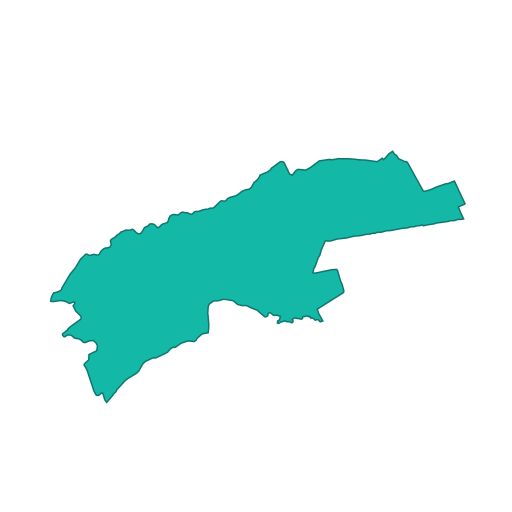 outline of La Democracia, Escuintla, Guatemala, rotated 239°
{"feature_id": "79465075B56611035242385", "entity_name": "La Democracia", "entity_type": "district", "adm_level": 2, "iso_a3": "GTM", "parent_name": "Guatemala", "parent_adm1": "Escuintla", "projection": "albers", "projection_center": [-90.943, 14.121], "detail": "fine", "context": "isolated", "style": "filled", "palette": "teal", "viewbox_px": 512, "rotation_deg": 239, "n_neighbors": 0, "source": "geoboundaries", "source_scale": "gbopen_adm2", "svg_char_len": 5789}
<svg xmlns="http://www.w3.org/2000/svg" viewBox="0 0 512 512"><g transform="rotate(239 256 256)"><path d="M323.0,56.7L321.6,58.2L318.4,65.7L316.0,68.6L314.8,69.6L313.8,70.3L312.7,70.9L311.4,71.6L310.6,75.8L309.7,76.8L308.3,75.7L307.6,73.7L306.9,73.5L301.2,73.2L294.6,74.9L293.0,74.3L292.1,73.2L291.0,60.6L290.4,57.4L289.6,56.2L288.9,50.2L288.5,49.7L287.7,49.4L286.5,49.6L285.5,49.9L285.3,50.8L285.3,53.5L284.8,54.7L283.9,56.0L283.2,56.7L282.7,57.1L280.2,57.7L279.4,58.0L278.6,58.8L277.4,60.0L276.3,61.4L274.2,62.7L270.8,63.6L269.7,65.1L269.2,69.0L267.5,72.9L263.7,74.1L260.8,73.9L257.4,71.2L256.8,70.1L257.6,62.1L253.2,59.2L251.8,53.1L250.9,52.5L245.6,52.5L225.7,48.0L223.5,47.5L221.3,47.4L219.7,47.3L218.5,47.8L218.1,48.3L217.6,49.3L217.7,50.9L218.0,52.3L218.1,53.4L217.4,53.8L216.3,53.8L210.7,52.3L207.4,52.6L210.4,61.7L211.1,62.4L211.6,65.6L213.1,68.0L216.5,79.3L217.0,83.3L217.1,93.7L217.9,96.5L221.7,103.1L222.6,106.8L221.8,115.0L220.3,117.4L219.3,127.1L219.1,130.7L220.4,134.5L220.6,137.4L219.3,139.9L219.8,146.7L218.4,153.5L217.3,155.3L214.5,158.9L214.6,161.1L215.8,163.2L217.0,169.6L214.8,175.4L218.1,178.0L220.9,179.8L221.9,180.4L223.1,181.0L223.9,181.4L230.2,184.5L231.5,185.0L237.2,188.9L238.9,191.2L239.3,196.6L237.1,200.5L235.7,205.7L234.3,207.8L229.4,213.4L223.9,215.3L220.4,218.8L219.7,220.1L218.7,221.8L217.8,222.9L215.4,224.2L210.6,227.7L209.3,228.9L199.6,232.1L198.7,233.1L198.7,235.2L200.5,236.9L200.5,238.3L199.8,239.2L196.1,240.4L194.3,243.6L191.7,245.8L189.2,243.3L189.2,241.2L187.6,239.8L186.5,240.7L186.6,243.2L185.8,246.1L185.6,247.2L185.0,247.9L184.2,248.2L183.6,248.8L183.3,249.6L182.5,250.6L181.8,251.3L181.1,251.7L180.3,252.2L180.3,253.3L180.8,254.1L181.8,254.3L182.8,254.1L183.3,254.8L183.0,255.8L182.9,257.0L182.8,257.8L181.5,258.8L181.0,259.5L180.3,260.4L179.4,261.4L178.5,262.3L178.4,263.6L179.2,264.2L179.8,264.8L179.5,265.8L179.0,266.7L178.7,267.9L178.6,268.6L178.1,269.2L177.2,269.5L176.9,270.5L176.2,271.1L175.5,270.7L174.7,270.8L174.3,271.5L173.7,272.3L173.0,273.0L172.2,273.3L171.2,273.4L170.4,273.9L170.2,274.8L169.8,275.8L169.1,276.6L168.5,276.8L167.4,276.8L166.4,277.3L166.2,278.3L166.2,279.0L165.9,279.8L174.3,280.1L178.9,281.1L179.6,312.2L180.8,313.3L186.9,315.1L191.9,315.8L201.6,318.4L203.0,318.2L205.2,314.0L211.0,297.5L212.2,296.2L215.4,298.9L216.3,300.9L219.1,304.3L222.7,308.8L223.7,311.0L227.8,315.4L233.1,322.9L233.1,323.9L232.0,324.8L230.4,327.9L228.8,334.2L224.9,342.7L222.4,350.6L219.8,355.7L217.4,362.7L215.8,365.5L215.8,367.0L214.0,370.3L214.0,371.7L211.7,376.1L210.4,380.9L208.6,384.2L204.3,395.9L202.1,400.3L201.4,403.5L199.7,406.4L199.0,409.5L197.8,411.5L197.0,414.5L195.7,415.0L194.3,419.2L191.7,425.5L191.5,427.2L186.5,438.9L186.4,440.3L184.1,444.4L183.5,447.5L181.3,451.7L180.9,453.1L183.3,453.3L187.3,453.7L193.9,454.7L193.0,461.4L193.1,462.1L205.5,463.3L213.8,464.2L218.1,464.7L219.2,457.7L220.0,456.5L222.1,446.7L223.0,439.5L224.5,434.0L225.7,432.8L257.9,434.0L259.3,433.6L260.6,431.9L266.1,428.3L269.7,428.3L272.1,427.1L275.4,427.1L275.1,422.3L273.6,418.1L272.9,415.0L274.8,414.6L274.4,408.5L278.8,403.0L281.9,399.2L285.2,394.1L288.3,390.2L291.2,386.1L292.3,384.5L295.0,379.9L296.9,377.0L299.4,370.5L300.8,369.0L303.0,363.9L304.9,359.3L303.8,347.8L304.0,342.8L307.0,338.9L308.6,336.6L308.7,335.6L308.5,333.4L306.5,328.8L309.0,327.0L321.8,328.2L323.3,327.3L324.3,325.3L323.3,314.1L322.6,313.3L322.1,309.4L323.3,301.2L322.4,300.1L320.8,297.2L320.0,292.2L317.4,287.7L316.7,284.7L317.7,282.3L318.1,281.0L318.3,279.9L318.4,279.2L318.5,278.3L318.6,276.8L318.4,275.4L318.2,273.8L318.0,272.6L318.0,271.3L318.0,270.1L318.2,268.7L318.7,267.6L319.0,266.1L319.3,265.1L319.6,264.0L319.7,263.2L319.8,262.2L319.8,261.3L319.5,260.3L319.1,259.1L318.9,258.1L319.2,257.4L319.6,256.7L320.1,256.2L320.6,255.5L321.1,254.8L321.3,254.0L321.0,252.7L320.3,249.6L319.3,245.5L319.2,244.3L319.3,243.5L319.8,242.7L320.3,242.0L320.8,240.8L320.8,239.6L321.0,238.5L321.4,237.9L321.8,237.3L322.1,236.7L322.4,235.7L322.9,234.4L323.1,233.5L323.3,232.2L323.6,230.7L323.8,230.0L324.4,228.6L325.2,227.4L325.4,226.7L325.5,225.7L325.1,224.2L324.8,223.3L325.0,222.1L325.7,221.3L326.4,220.9L327.3,220.3L328.1,219.7L328.5,219.2L329.1,218.1L330.0,217.2L330.8,216.5L331.2,216.0L331.5,215.2L331.8,214.3L331.7,213.4L331.4,212.3L331.3,211.5L331.4,210.2L331.7,209.6L332.4,208.8L333.1,208.0L333.7,207.3L334.1,206.6L334.4,205.8L334.5,204.8L334.5,204.0L334.5,203.2L334.1,202.4L333.5,201.2L332.8,200.3L331.8,199.3L331.0,198.5L330.5,197.3L330.5,196.2L330.8,194.6L331.2,193.7L331.4,192.9L331.5,191.9L331.4,191.1L331.3,190.3L330.8,188.8L330.7,187.6L330.7,186.6L331.5,186.0L332.2,185.9L333.2,185.6L334.6,185.3L335.7,184.8L336.3,184.3L337.2,183.4L337.9,182.2L338.1,180.9L337.7,180.0L337.4,178.9L337.4,178.3L337.5,177.6L337.8,175.8L337.5,174.6L337.2,173.9L336.6,173.0L336.1,172.2L335.8,171.5L335.5,170.8L335.2,170.2L335.0,169.5L334.9,168.8L334.9,168.0L335.3,167.0L336.0,166.3L336.9,165.8L337.5,165.5L338.7,165.2L340.2,164.8L342.1,164.3L342.7,163.6L342.8,162.9L343.1,161.1L343.6,160.3L344.1,159.5L344.6,158.8L345.1,158.1L345.4,157.1L345.5,155.9L345.6,154.6L345.9,153.8L346.1,152.5L345.8,151.2L345.4,150.3L345.5,148.0L345.2,146.7L344.9,145.8L344.7,144.4L344.8,142.9L344.8,142.1L344.8,141.0L344.6,140.1L344.1,139.1L343.4,138.8L342.7,138.6L342.0,138.4L340.9,138.0L340.0,137.4L339.4,136.7L339.2,136.1L339.0,135.4L339.1,133.9L339.7,132.4L340.3,131.2L340.5,130.4L340.6,129.7L340.6,129.0L340.5,128.0L340.3,127.1L339.9,125.6L339.5,124.8L339.3,124.2L338.4,123.1L338.1,122.2L338.2,121.1L338.5,120.4L339.2,119.6L340.7,118.2L341.1,117.4L341.3,116.6L341.5,115.7L342.0,114.1L342.6,113.1L344.4,112.3L345.2,111.2L343.7,104.1L338.9,95.2L336.2,87.4L328.6,73.3L327.4,72.0L327.0,70.4L327.7,66.1L328.6,63.6L326.1,59.4L323.9,57.5L323.0,56.7Z" fill="#14b8a6" stroke="#0f766e" stroke-width="1.5"/></g></svg>